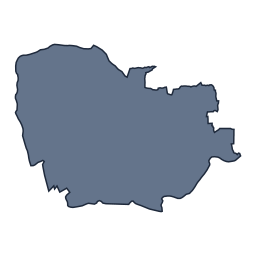 Chbar Mon, Kâmpóng Spœ, Cambodia (Mercator projection)
{"feature_id": "14789045B86938515353279", "entity_name": "Chbar Mon", "entity_type": "district", "adm_level": 2, "iso_a3": "KHM", "parent_name": "Cambodia", "parent_adm1": "Kâmpóng Spœ", "projection": "mercator", "projection_center": [104.521, 11.473], "detail": "fine", "context": "isolated", "style": "filled", "palette": "slate", "viewbox_px": 256, "rotation_deg": 0, "n_neighbors": 0, "source": "geoboundaries", "source_scale": "gbopen_adm2", "svg_char_len": 4252}
<svg xmlns="http://www.w3.org/2000/svg" viewBox="0 0 256 256"><path d="M64.3,45.5L58.1,44.7L54.5,44.4L52.6,44.9L49.9,46.4L48.1,48.0L44.3,49.3L40.4,49.8L37.5,51.7L35.6,52.5L33.4,53.2L29.7,54.4L26.2,55.2L23.3,55.2L21.5,55.7L20.1,56.4L18.4,58.0L17.5,59.6L16.2,62.4L15.7,66.0L15.8,71.2L16.6,73.5L17.6,74.4L17.8,75.8L18.2,77.8L18.1,80.4L17.2,82.6L17.0,84.2L16.9,85.3L17.6,89.6L17.3,92.0L16.5,93.8L15.7,94.7L15.4,96.9L15.5,98.5L16.2,100.1L17.2,103.4L17.3,104.9L17.0,110.0L16.0,111.4L15.5,112.6L16.0,114.0L17.1,116.1L18.3,118.8L20.2,121.8L21.8,125.1L23.0,128.7L23.2,131.1L23.0,132.7L22.6,135.7L25.1,144.4L26.3,148.3L27.4,150.7L28.4,155.0L28.7,157.4L29.2,160.0L29.6,161.6L30.3,163.8L30.9,165.7L33.3,165.6L35.0,164.8L36.0,164.0L38.0,162.4L40.8,161.4L42.8,160.4L44.2,161.4L43.6,162.7L42.6,164.4L43.0,167.1L44.6,175.3L48.8,191.1L53.8,185.9L54.6,189.0L57.0,186.0L59.8,192.1L66.7,188.2L69.8,192.3L66.6,195.2L65.6,196.9L65.7,198.1L66.1,199.3L67.4,201.8L67.7,203.7L67.7,205.4L68.4,206.4L70.5,207.1L72.9,207.4L76.8,206.8L82.2,205.8L87.0,203.7L88.6,203.3L94.5,204.1L96.6,203.0L97.4,201.5L99.3,200.6L101.3,201.4L102.9,203.1L105.9,203.7L128.7,204.4L129.6,203.1L131.6,201.2L133.1,201.1L134.3,202.5L135.5,203.5L137.4,204.3L140.9,205.5L149.5,209.0L159.2,211.3L161.3,211.6L162.2,211.3L161.9,207.7L161.1,205.7L161.2,204.4L162.3,202.4L162.8,200.8L161.6,198.9L162.5,197.5L164.1,196.4L165.2,196.3L167.3,196.0L169.7,196.0L171.1,196.2L173.6,196.9L177.8,198.4L180.1,198.4L181.6,197.8L183.4,196.6L186.2,194.3L189.5,193.4L191.0,191.8L192.2,190.6L193.2,189.3L194.9,186.8L196.9,183.4L198.1,181.7L200.0,179.4L200.9,178.1L202.3,176.3L204.4,173.8L205.2,172.6L207.0,170.0L208.6,167.0L209.7,164.9L209.7,163.7L209.0,161.9L208.9,160.5L210.4,158.1L211.9,156.9L214.6,156.7L217.8,157.1L219.5,157.8L221.7,159.4L223.9,160.6L226.4,161.5L228.6,161.8L231.8,161.3L234.1,160.9L235.5,160.3L240.6,155.9L240.1,154.7L239.7,153.5L238.6,153.1L237.8,153.8L237.2,154.6L236.4,153.7L235.4,153.2L234.4,153.1L233.6,152.5L233.5,151.4L232.9,150.6L232.3,149.2L232.2,148.2L232.0,147.1L231.6,145.1L231.3,144.0L233.7,143.7L233.8,139.1L233.8,136.8L233.9,135.3L233.9,132.1L233.9,130.5L234.0,129.4L231.8,129.2L230.6,128.5L229.6,128.5L219.7,128.5L218.7,129.7L217.7,130.3L214.5,132.4L214.0,131.5L213.6,130.2L213.6,129.0L213.8,128.0L213.1,127.3L212.9,126.2L211.9,125.7L212.1,124.6L212.1,123.3L208.1,123.5L208.0,121.2L208.0,119.3L207.9,117.8L207.8,116.4L206.5,116.6L206.6,115.5L206.9,114.4L207.1,113.2L207.5,111.9L209.0,111.9L210.0,111.8L211.2,111.7L213.2,111.7L213.9,110.8L215.0,110.4L216.3,111.0L217.2,111.6L217.7,110.6L218.0,109.5L217.8,107.4L217.6,105.5L217.9,104.3L218.4,103.2L218.6,100.9L216.8,100.9L216.5,99.7L216.3,98.7L216.0,97.6L215.8,96.4L215.9,95.0L216.0,93.6L215.8,92.6L215.4,91.5L215.4,90.2L214.3,90.1L214.0,88.6L213.9,87.5L213.2,86.3L212.5,85.5L211.4,84.8L209.7,84.9L208.9,85.6L207.9,85.2L206.7,85.4L205.6,85.6L204.6,85.2L203.4,85.3L202.0,85.2L200.8,82.6L197.8,85.0L196.1,86.4L195.0,86.0L193.9,86.0L192.9,86.2L191.9,86.5L190.8,86.9L189.9,86.4L188.7,86.3L187.6,86.3L186.5,86.1L185.1,86.0L184.0,86.0L182.6,86.2L181.4,86.1L180.4,86.8L179.2,88.6L177.9,89.0L176.8,89.0L175.6,89.2L174.5,89.3L173.5,89.4L173.0,91.5L172.6,92.6L172.3,93.6L171.7,94.8L170.5,94.7L168.9,94.2L167.9,93.9L167.3,93.1L167.1,91.8L166.8,90.2L166.6,88.7L166.3,87.1L164.8,87.3L163.5,87.9L161.8,88.2L160.7,87.9L159.6,87.9L158.2,88.2L158.0,89.5L157.1,89.9L156.0,90.1L154.9,89.9L153.8,89.8L152.7,89.7L151.7,89.0L150.5,88.4L149.4,88.4L148.3,88.3L146.9,88.1L145.9,87.8L144.9,87.4L144.9,86.3L144.9,85.1L144.9,83.9L145.0,82.9L144.9,81.1L144.8,79.5L144.7,78.4L145.0,77.1L145.0,75.9L145.5,74.7L146.0,73.7L145.8,72.7L147.1,72.3L148.3,72.1L149.5,71.4L151.1,70.5L152.2,69.9L152.5,68.8L153.6,68.1L155.6,66.8L154.4,66.3L153.4,66.4L152.2,66.3L151.2,66.9L149.6,67.5L148.9,66.7L147.3,67.1L146.3,67.6L144.7,67.3L143.8,67.9L142.7,68.3L141.6,68.1L140.5,67.8L139.4,67.8L138.3,67.6L136.9,67.9L135.7,68.2L134.3,68.4L132.8,68.0L131.9,68.4L130.0,68.6L127.1,77.2L125.0,76.0L121.9,71.6L118.6,69.6L117.6,68.7L116.3,67.2L115.3,66.0L114.0,65.1L112.5,64.1L111.0,62.8L109.0,60.8L107.6,57.5L106.3,54.3L102.2,50.1L96.7,46.7L93.6,45.3L91.1,48.5L88.4,48.9L83.6,48.7L79.6,47.5L76.6,46.2L72.3,45.6L69.5,45.4L67.6,45.6L64.3,45.5Z" fill="#64748b" stroke="#1e293b" stroke-width="1.5"/></svg>